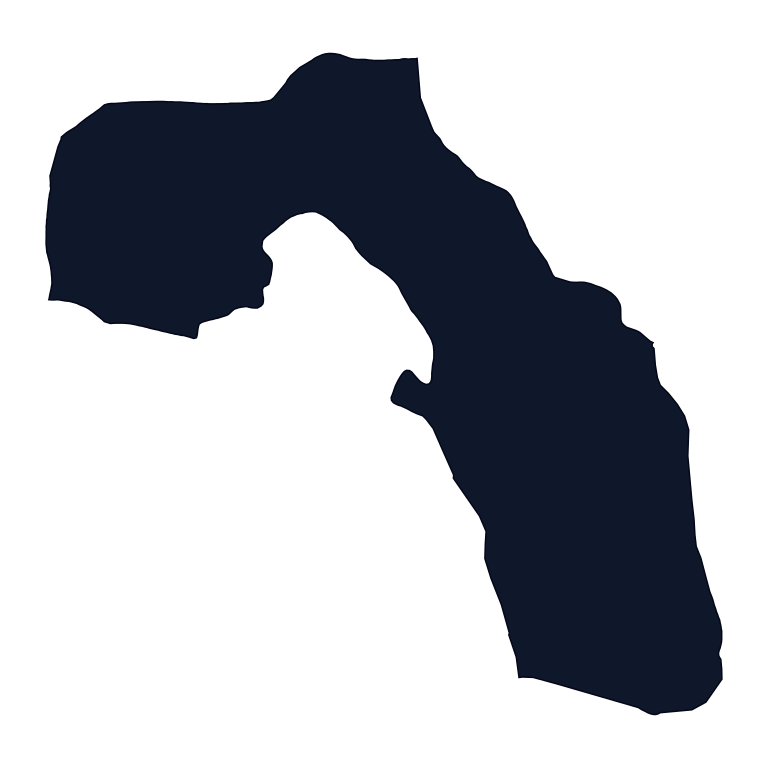 the district of Ad Dali', Al Dali', Yemen
{"feature_id": "15242507B7990209689369", "entity_name": "Ad Dali'", "entity_type": "district", "adm_level": 2, "iso_a3": "YEM", "parent_name": "Yemen", "parent_adm1": "Al Dali'", "projection": "orthographic", "projection_center": [44.686, 13.714], "detail": "fine", "context": "isolated", "style": "filled", "palette": "ink", "viewbox_px": 768, "rotation_deg": 0, "n_neighbors": 0, "source": "geoboundaries", "source_scale": "gbopen_adm2", "svg_char_len": 6025}
<svg xmlns="http://www.w3.org/2000/svg" viewBox="0 0 768 768"><path d="M653.1,342.7L650.0,341.2L640.0,332.6L638.0,331.4L635.7,330.4L626.6,327.3L624.4,325.6L622.0,323.2L621.0,320.4L620.8,317.8L620.7,309.7L620.5,306.9L619.9,304.3L618.6,301.8L617.3,299.4L615.4,297.0L613.4,295.0L611.0,292.9L606.3,290.0L603.4,288.6L600.7,287.4L595.6,285.7L593.1,284.7L590.1,283.6L584.8,282.4L582.0,282.2L579.3,282.2L576.5,282.4L573.7,282.3L570.3,282.1L567.8,281.4L554.7,277.4L552.6,274.8L546.5,261.4L544.5,258.7L541.2,254.0L539.6,251.9L538.3,249.5L536.7,247.4L534.9,245.1L533.2,242.8L531.7,240.3L530.6,238.0L528.9,235.2L527.9,232.4L527.0,229.7L525.7,227.2L524.9,224.7L523.8,222.2L521.3,217.0L519.4,213.5L515.9,206.5L513.8,201.2L512.1,197.9L510.5,195.4L508.3,192.9L506.4,191.1L503.9,189.7L498.7,187.3L496.0,186.2L488.6,182.5L486.0,181.7L480.6,179.2L478.2,178.0L475.9,176.2L474.3,174.2L472.6,172.1L470.8,170.2L468.9,168.4L466.4,166.7L462.3,162.6L459.0,158.2L457.3,156.2L455.2,154.7L453.0,153.4L450.8,151.9L448.2,149.9L446.0,148.0L443.8,145.6L442.3,143.5L441.0,140.9L439.7,138.6L435.7,134.3L433.9,132.2L432.6,129.4L431.3,126.3L420.3,97.8L417.1,58.4L415.4,58.8L412.1,58.8L408.4,59.1L405.4,58.8L402.5,58.9L399.5,59.7L396.1,59.8L393.5,59.9L390.9,60.1L388.0,60.1L385.0,60.4L382.3,60.5L373.9,60.5L371.3,60.2L368.7,60.0L365.6,59.5L362.9,59.4L357.7,59.5L354.6,59.2L351.9,58.8L349.0,58.0L346.6,57.1L343.7,56.1L340.3,54.8L337.4,54.2L334.2,53.7L331.5,53.5L328.8,53.5L325.4,53.9L322.2,54.8L316.7,57.2L314.1,58.7L311.9,60.4L299.9,67.5L290.8,75.7L287.7,79.7L285.9,83.1L273.8,97.8L270.5,100.3L267.5,101.0L264.7,101.5L261.8,101.9L259.0,102.5L256.2,102.5L253.4,102.7L249.5,102.8L246.6,102.8L241.7,103.2L239.0,103.2L235.7,103.3L230.2,103.3L227.6,103.7L224.5,103.7L221.8,103.8L209.6,103.9L207.1,103.7L204.0,103.7L200.1,103.4L197.3,103.3L193.4,102.8L190.2,102.7L183.7,102.3L180.5,102.0L174.5,102.0L172.0,101.8L168.0,101.8L165.1,101.6L162.5,101.5L156.0,101.5L152.6,101.6L149.7,101.7L146.6,101.8L143.7,101.8L141.0,101.9L136.7,102.0L132.0,102.1L129.2,102.3L126.5,102.7L114.6,103.5L111.0,103.5L107.8,103.9L104.4,104.9L101.9,107.0L99.9,108.8L95.4,112.0L93.2,113.7L91.0,115.1L86.4,118.3L83.7,120.4L81.0,122.5L78.5,124.6L76.3,126.6L73.6,128.3L68.5,131.4L66.8,132.5L61.4,137.0L61.1,139.4L58.0,146.8L50.0,175.9L50.5,183.0L50.3,185.9L50.8,188.6L50.2,191.6L49.5,194.2L49.2,197.1L48.6,200.2L48.4,202.9L48.1,205.8L47.9,208.9L47.2,214.3L47.1,217.6L46.6,220.3L46.6,222.8L46.2,226.5L46.3,229.2L46.2,232.4L46.2,237.8L46.1,240.7L46.1,244.2L46.9,252.5L47.7,255.0L48.3,257.6L49.7,262.8L50.4,265.7L50.8,268.4L51.3,271.9L51.5,274.9L51.8,278.0L51.9,280.8L52.0,283.4L51.5,286.3L51.0,289.4L49.6,295.7L49.2,298.3L48.8,299.7L51.6,299.9L54.7,299.9L57.2,299.7L60.1,300.0L62.7,300.5L65.8,301.0L68.6,301.2L71.3,301.8L77.0,303.4L79.4,304.6L84.4,306.6L86.8,307.7L89.2,309.2L91.3,310.7L97.6,315.8L100.1,317.8L102.4,319.7L104.3,321.6L110.5,323.5L113.8,323.2L117.2,323.1L122.6,323.1L128.2,323.5L130.8,323.8L136.4,324.9L139.4,325.7L142.1,326.1L144.5,326.8L147.2,327.4L149.8,328.2L155.4,329.5L158.2,330.0L160.7,330.8L164.1,331.6L166.7,332.1L170.0,333.0L172.6,333.5L175.1,334.2L177.8,334.5L180.9,335.3L183.7,335.5L188.9,336.9L193.9,338.5L196.4,337.7L197.2,334.9L197.9,329.1L198.4,326.5L199.2,324.0L202.0,322.2L204.6,321.4L207.1,320.7L209.9,319.9L213.0,319.3L215.4,318.6L218.0,318.1L220.4,317.3L225.9,315.6L228.2,314.6L230.4,312.6L232.3,310.8L234.4,309.1L238.3,307.8L240.9,307.2L246.5,306.5L249.0,307.2L251.8,307.8L254.6,308.0L257.4,308.0L261.0,306.0L262.9,303.8L263.4,301.1L263.4,298.2L262.9,295.6L262.6,292.9L262.4,289.5L263.5,287.0L266.1,285.8L268.7,284.2L269.6,281.4L270.2,278.4L271.0,275.3L272.0,268.4L272.2,265.4L272.1,262.8L271.1,260.2L269.6,257.9L267.8,255.8L265.9,253.9L264.0,251.8L262.6,249.6L261.8,246.7L262.6,240.6L264.3,238.4L266.5,236.2L269.0,234.3L271.1,232.6L273.6,230.8L276.1,228.8L280.2,225.0L283.4,222.6L285.3,220.7L287.9,218.8L290.8,216.9L293.8,215.7L296.8,214.4L299.8,213.6L302.5,213.3L305.2,212.3L307.8,211.9L311.0,211.6L313.6,211.6L316.2,211.9L321.1,214.2L323.3,215.4L326.4,217.3L328.8,219.1L331.3,220.9L333.3,222.6L335.1,224.5L337.8,227.2L339.6,229.3L341.7,230.9L343.8,232.4L346.0,234.5L348.0,236.5L351.6,240.8L353.3,243.3L355.9,248.4L359.5,252.9L361.9,255.5L370.6,263.7L375.3,266.4L378.4,268.2L382.7,271.1L387.3,274.6L389.4,276.4L391.9,278.7L394.2,280.8L396.1,283.0L398.3,285.9L399.7,288.5L400.8,290.9L402.1,293.6L408.2,304.3L409.5,306.6L410.7,309.1L412.2,311.4L414.2,313.4L418.1,318.4L419.8,320.9L421.6,323.3L423.4,325.7L424.8,327.9L426.2,330.3L427.4,332.7L429.0,335.0L430.4,337.6L431.7,340.3L432.5,342.8L433.4,345.8L433.9,351.7L433.9,357.4L433.5,360.3L432.9,363.1L432.5,365.6L432.3,368.3L432.0,371.0L431.8,373.6L431.8,376.2L431.6,379.1L430.9,381.6L429.2,383.9L426.1,384.5L423.7,383.6L421.3,382.3L419.3,380.7L415.7,376.7L413.7,374.4L411.8,372.1L409.6,370.6L406.6,370.3L404.3,371.5L402.3,373.8L400.6,376.2L397.8,381.0L395.5,385.7L394.4,388.8L393.4,391.8L392.2,395.0L391.2,397.4L391.5,400.4L393.5,402.8L395.9,404.1L398.3,405.2L401.0,405.9L403.8,407.2L406.7,408.5L409.1,409.8L411.4,411.1L413.7,412.2L416.5,413.5L419.1,414.5L422.7,415.8L426.3,419.4L433.2,428.5L443.5,452.1L453.7,475.1L453.6,475.4L453.4,478.3L479.5,516.0L486.1,531.4L485.3,544.4L484.9,558.6L491.0,578.3L501.4,604.7L509.4,633.2L508.8,634.8L516.3,657.1L519.0,677.5L522.3,677.0L533.1,677.4L554.8,683.3L638.6,707.6L640.2,708.7L642.6,710.1L645.4,711.4L647.7,712.7L650.6,713.8L653.1,714.4L655.7,714.5L658.3,713.8L660.2,712.7L691.9,709.8L705.9,702.1L721.9,679.2L721.7,669.3L720.8,659.3L720.1,658.3L718.8,656.1L718.5,653.4L719.0,650.8L720.1,648.0L720.9,644.7L721.5,641.9L721.7,639.1L721.7,636.3L721.7,631.1L721.2,628.5L720.8,625.6L720.1,622.6L719.6,619.9L718.5,617.4L717.6,614.6L716.4,611.6L715.6,608.8L714.4,605.6L712.7,599.4L711.6,596.3L709.9,592.2L705.6,576.2L700.9,558.3L696.2,546.4L694.9,534.8L694.0,519.2L691.8,500.1L687.8,456.0L688.7,429.8L684.5,416.0L677.3,404.4L668.4,393.4L660.2,385.2L657.4,377.7L655.3,364.9L654.0,348.5L652.2,346.7L652.1,344.0L653.1,342.7Z" fill="#0f172a" stroke="#020617" stroke-width="1.5"/></svg>